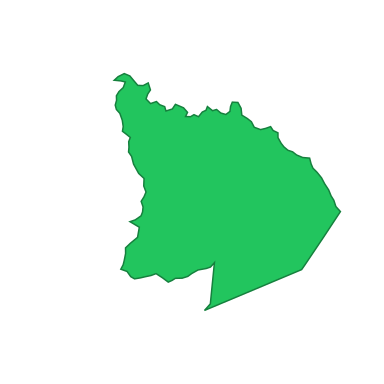 the district of Feira Nova, Sergipe, Brazil, rotated 133°
{"feature_id": "56859067B67652621374936", "entity_name": "Feira Nova", "entity_type": "district", "adm_level": 2, "iso_a3": "BRA", "parent_name": "Brazil", "parent_adm1": "Sergipe", "projection": "robinson", "projection_center": [-37.332, -10.298], "detail": "fine", "context": "isolated", "style": "filled", "palette": "green", "viewbox_px": 384, "rotation_deg": 133, "n_neighbors": 0, "source": "geoboundaries", "source_scale": "gbopen_adm2", "svg_char_len": 1665}
<svg xmlns="http://www.w3.org/2000/svg" viewBox="0 0 384 384"><g transform="rotate(133 192 192)"><path d="M270.1,102.1L174.0,58.9L168.4,59.7L135.2,65.0L105.1,70.1L104.5,76.9L101.3,82.7L100.0,87.6L97.3,93.4L95.5,100.7L93.3,106.9L92.3,114.0L92.1,119.8L90.2,124.1L87.0,129.1L91.3,134.6L93.6,140.8L94.0,145.8L96.1,150.4L96.3,155.7L95.6,160.0L93.6,166.2L90.1,169.5L91.7,174.6L90.6,179.1L95.2,181.5L99.6,184.4L102.2,190.6L100.1,196.5L100.5,201.5L101.8,208.0L97.3,213.2L95.2,219.5L98.8,223.8L103.2,222.1L107.2,219.2L112.2,220.1L114.6,224.8L114.9,230.3L118.5,232.4L119.0,239.0L122.7,237.5L126.5,239.0L132.5,238.6L134.1,243.3L137.9,244.4L141.2,248.2L136.8,249.6L136.2,255.6L137.7,259.8L139.2,263.9L144.7,263.0L150.5,266.3L148.2,270.2L150.2,275.2L150.1,279.7L155.6,282.6L155.3,289.1L150.5,291.2L145.7,292.0L142.1,298.4L147.5,300.3L151.0,304.4L150.3,310.3L149.5,316.6L151.6,322.3L158.0,324.7L163.3,325.1L159.2,319.7L157.0,315.8L162.5,313.5L168.4,313.9L173.2,312.9L176.4,309.7L180.8,307.4L183.2,303.6L183.7,298.4L187.1,291.9L191.1,286.9L195.0,284.3L194.5,279.0L194.2,274.3L198.4,272.6L202.2,268.7L206.0,265.7L207.2,260.4L211.5,253.7L213.0,249.1L214.8,243.6L214.8,236.3L220.5,231.4L223.4,225.6L228.3,223.8L233.5,222.8L236.3,217.6L240.4,214.5L244.2,213.0L251.1,214.5L256.0,217.1L253.7,206.5L262.3,200.9L271.4,202.1L278.2,202.5L282.3,198.6L288.4,194.8L292.2,192.7L297.0,191.4L294.4,185.3L295.7,179.1L294.7,174.8L289.9,171.1L286.0,168.5L281.0,165.0L276.2,162.6L274.9,155.2L274.1,147.9L270.3,146.3L266.5,145.3L261.7,140.4L256.6,137.5L251.8,136.6L244.9,134.4L238.2,129.4L234.3,127.3L228.4,127.4L261.3,102.3L270.1,102.1Z" fill="#22c55e" stroke="#15803d" stroke-width="1.5"/></g></svg>